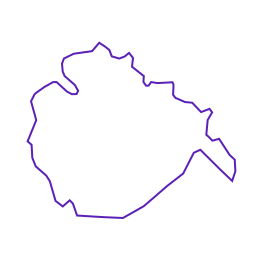 Nde, Ouest, Cameroon (Natural Earth projection), rotated 352°
{"feature_id": "32672807B46712188555835", "entity_name": "Nde", "entity_type": "district", "adm_level": 2, "iso_a3": "CMR", "parent_name": "Cameroon", "parent_adm1": "Ouest", "projection": "natural_earth1", "projection_center": [10.622, 5.088], "detail": "fine", "context": "isolated", "style": "outline", "palette": "violet", "viewbox_px": 256, "rotation_deg": 352, "n_neighbors": 0, "source": "geoboundaries", "source_scale": "gbopen_adm2", "svg_char_len": 988}
<svg xmlns="http://www.w3.org/2000/svg" viewBox="0 0 256 256"><g transform="rotate(352 128 128)"><path d="M223.8,194.9L228.3,185.8L229.3,174.2L224.9,168.9L216.7,151.4L209.8,152.3L206.9,148.2L204.6,145.6L208.0,131.2L213.5,124.2L211.4,120.4L202.6,122.4L195.1,111.9L188.0,110.2L179.1,104.7L177.3,101.4L179.1,91.4L178.4,88.9L163.3,87.6L157.3,85.7L154.3,88.9L151.8,88.6L149.7,84.5L150.9,78.8L140.5,67.9L142.7,59.3L139.5,53.8L134.7,56.7L129.0,58.0L121.9,54.8L120.4,48.2L116.5,44.1L111.4,39.6L103.1,46.9L84.6,46.9L74.2,50.3L71.6,55.1L71.2,62.9L72.5,67.8L81.3,77.9L83.8,84.3L81.7,87.2L77.1,86.7L72.5,83.3L63.7,72.6L60.3,72.1L50.8,75.8L41.2,80.8L39.9,81.9L35.7,88.1L37.4,101.0L38.2,107.5L26.7,127.3L30.2,131.2L29.1,144.2L31.3,153.2L40.5,163.8L43.2,169.9L46.1,190.1L52.5,196.6L60.2,191.5L62.9,195.1L65.4,207.6L71.3,208.8L81.1,210.8L93.1,213.2L110.5,216.4L132.8,207.6L158.8,190.8L176.3,180.8L189.7,161.7L196.6,159.6L213.4,181.8L223.8,194.9Z" fill="none" stroke="#5b21b6" stroke-width="2"/></g></svg>